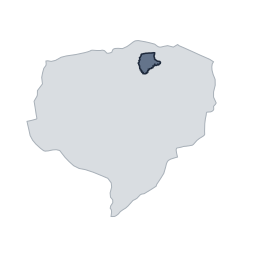 location of Bikita, Masvingo, Zimbabwe, rotated 258°
{"feature_id": "62879985B26822606878793", "entity_name": "Bikita", "entity_type": "district", "adm_level": 2, "iso_a3": "ZWE", "parent_name": "Zimbabwe", "parent_adm1": "Masvingo", "projection": "equal_earth", "projection_center": [31.804, -20.202], "detail": "fine", "context": "in_parent", "style": "filled", "palette": "slate", "viewbox_px": 256, "rotation_deg": 258, "n_neighbors": 0, "source": "geoboundaries", "source_scale": "gbopen_adm2", "svg_char_len": 5389}
<svg xmlns="http://www.w3.org/2000/svg" viewBox="0 0 256 256"><g transform="rotate(258 128 128)"><path d="M175.0,225.4L173.1,223.7L170.4,222.7L167.1,222.2L162.7,222.4L157.4,223.3L151.7,222.2L145.5,219.2L140.4,218.1L134.4,219.4L134.1,219.4L133.0,218.4L131.4,216.2L128.6,215.8L127.8,215.3L127.2,214.4L126.8,213.4L126.6,212.2L127.1,208.5L126.8,208.1L126.1,207.7L124.5,207.2L120.9,205.6L116.3,204.0L108.8,202.2L105.9,201.7L105.2,201.2L104.4,199.8L102.9,195.6L101.5,192.8L98.3,188.5L97.8,187.2L97.9,183.8L98.1,181.0L98.4,178.6L98.2,176.4L98.2,173.7L98.3,171.9L97.8,171.1L96.6,170.5L93.3,170.3L89.3,170.4L89.1,167.6L88.7,163.3L87.9,160.8L87.0,159.6L85.1,158.2L81.4,156.4L76.2,153.6L71.8,149.4L66.8,144.3L65.2,143.4L63.3,138.5L60.4,130.2L60.5,127.5L60.1,126.1L57.3,122.0L56.6,119.9L56.1,117.8L51.7,111.8L50.2,109.2L49.0,105.8L47.8,103.1L46.9,102.0L45.6,100.2L44.7,98.1L44.3,96.6L44.6,94.5L45.0,93.0L49.2,94.5L51.5,94.7L53.2,93.9L55.4,94.9L58.1,97.6L60.9,98.1L64.0,96.5L68.2,97.0L73.5,99.7L77.8,100.2L83.0,97.8L87.6,91.2L91.9,84.9L96.1,77.7L98.6,71.8L102.4,67.0L107.4,63.4L112.4,60.3L120.2,56.5L121.7,53.3L122.2,49.9L122.2,45.2L122.6,42.1L123.4,40.7L124.7,39.6L126.4,38.1L131.5,34.5L135.8,32.2L141.0,30.7L146.8,30.7L152.3,30.6L155.5,30.6L155.5,35.2L155.8,40.4L156.4,40.9L160.6,41.0L167.2,41.4L173.7,41.7L177.8,45.4L179.1,46.2L183.4,47.2L188.9,53.5L195.4,54.1L199.9,56.0L203.9,58.1L206.2,60.7L207.7,61.3L209.7,61.5L210.6,61.7L210.4,63.6L209.1,66.7L209.2,71.1L211.1,77.3L211.3,82.7L210.7,92.2L210.7,101.4L210.9,104.7L211.2,106.9L211.6,108.0L211.5,109.4L210.4,113.2L209.5,117.3L209.5,118.9L209.1,120.0L208.5,121.1L205.6,122.9L205.2,124.1L205.2,126.2L205.5,127.9L206.6,128.6L207.9,129.6L208.4,130.9L208.4,132.3L208.0,134.8L206.8,139.1L207.9,144.0L209.2,147.1L211.0,150.8L211.7,153.0L211.6,154.6L211.4,156.2L208.7,162.9L206.8,167.0L204.5,171.5L201.4,174.2L200.6,175.6L200.3,177.1L200.4,180.4L200.3,183.9L197.7,189.2L199.3,193.8L198.9,194.3L198.0,194.9L194.3,200.1L190.5,205.3L187.7,209.1L184.5,213.4L181.0,218.3L178.0,222.4L175.0,225.4Z" fill="#d9dde1" stroke="#a8b0b8" stroke-width="1"/><path d="M197.4,156.7L197.3,156.4L197.2,156.2L196.9,156.1L196.7,156.1L196.3,156.0L196.2,156.0L196.1,155.9L195.9,155.6L195.6,155.5L195.5,155.4L195.4,155.2L195.1,155.0L194.9,154.9L194.6,154.7L194.5,154.0L194.4,154.0L194.3,153.9L194.2,153.9L193.7,153.9L193.2,153.8L192.5,153.9L192.2,153.9L192.1,153.7L191.9,153.4L191.8,153.0L191.8,152.9L191.7,152.9L191.5,152.7L191.3,152.7L191.2,152.7L191.0,152.8L190.7,152.8L190.5,152.7L190.2,152.6L189.8,152.3L189.7,152.2L189.6,151.9L189.6,151.7L189.3,151.5L189.0,151.6L188.7,151.7L188.4,151.8L188.0,151.8L187.9,151.9L187.7,151.8L187.2,151.9L187.0,152.0L186.5,152.1L186.2,152.3L185.8,152.1L185.5,152.1L185.2,152.1L184.8,152.0L184.6,152.0L184.4,151.9L184.2,151.9L183.9,151.9L183.6,151.9L183.4,152.0L183.2,152.2L183.1,152.3L183.0,152.5L182.9,152.5L182.7,152.6L182.4,152.4L182.2,152.2L182.1,152.3L182.1,152.7L182.0,152.8L181.9,152.8L181.6,152.9L181.5,153.0L181.2,153.0L181.1,153.3L180.6,153.4L180.5,153.2L180.4,153.1L180.3,152.9L180.2,153.0L179.9,153.2L179.8,153.3L179.8,153.2L179.7,153.2L179.7,153.3L179.4,153.4L179.0,153.8L179.0,154.0L178.8,153.8L178.7,153.8L178.3,154.0L178.2,154.3L178.0,154.2L177.5,155.8L177.6,156.4L177.4,156.7L177.8,157.7L178.1,157.3L178.2,157.5L178.3,157.6L178.4,157.8L178.5,158.1L178.7,158.3L178.7,158.5L178.8,158.6L178.8,158.9L179.0,158.8L179.2,159.1L179.3,159.1L179.5,159.0L179.8,159.1L180.0,159.2L180.3,159.6L180.3,159.8L180.2,159.9L180.2,160.0L180.3,160.2L180.3,160.3L180.5,160.5L180.9,160.8L181.0,161.0L181.1,160.9L181.1,161.0L181.4,161.2L181.5,161.3L181.5,161.5L181.4,161.5L181.4,162.0L181.4,162.4L181.4,162.6L181.4,162.8L181.4,163.0L181.5,163.0L181.7,163.4L181.7,163.5L181.8,163.5L182.0,163.6L182.0,163.8L181.9,163.9L181.9,164.1L181.8,164.4L181.8,164.8L182.0,164.9L182.3,164.9L182.4,165.0L182.5,165.3L182.7,165.5L182.8,165.5L182.7,165.6L182.8,165.8L183.0,165.8L183.1,166.1L183.3,166.2L183.4,166.3L183.5,166.3L183.7,166.5L183.8,166.6L184.1,166.8L184.2,167.0L184.3,167.2L184.4,167.3L184.2,167.3L183.9,167.5L183.8,167.8L183.7,167.8L183.8,168.0L183.6,168.3L183.6,168.6L183.5,168.8L183.3,168.9L183.3,169.0L183.7,170.0L183.6,170.3L183.6,170.6L183.5,170.8L183.8,170.8L183.7,170.9L183.7,171.0L183.8,171.0L183.7,171.2L183.8,171.3L183.9,171.6L183.9,171.8L184.0,171.9L184.1,172.1L184.1,172.4L184.2,172.5L184.3,172.6L184.6,172.8L184.6,173.0L184.8,173.0L185.0,173.1L185.2,173.3L185.3,173.3L185.6,173.4L186.5,172.9L186.8,172.0L187.0,171.5L187.2,170.7L188.3,169.7L189.4,168.8L189.4,168.7L189.5,168.7L189.9,168.4L190.0,168.3L190.4,168.4L190.4,168.5L190.5,168.5L191.0,168.5L191.5,168.5L191.6,168.4L191.9,168.4L192.2,168.4L192.3,168.3L192.6,168.3L192.8,168.4L193.0,168.4L193.3,168.4L193.4,168.5L193.6,168.6L193.9,168.7L193.9,168.8L194.0,168.8L194.0,169.0L194.3,169.2L194.5,169.2L195.1,169.4L195.3,169.5L195.5,169.6L195.8,169.7L196.0,169.7L196.2,169.2L196.3,168.8L196.3,168.7L196.3,168.1L196.4,167.8L196.4,167.6L196.4,167.4L196.4,167.2L196.4,166.8L196.5,166.6L196.6,166.2L196.6,165.9L196.6,165.7L196.7,165.3L196.8,164.9L196.9,164.4L197.0,164.1L197.0,163.9L197.0,163.7L197.1,162.9L197.1,162.6L197.1,162.2L197.2,161.8L197.4,161.3L197.4,161.2L197.4,160.7L197.4,160.4L197.4,159.9L197.4,159.7L197.4,159.4L197.4,159.2L197.5,158.9L197.5,158.7L197.4,158.3L197.3,157.9L197.4,157.6L197.5,157.2L197.4,156.7L197.4,156.7Z" fill="#64748b" stroke="#1e293b" stroke-width="1.5"/></g></svg>